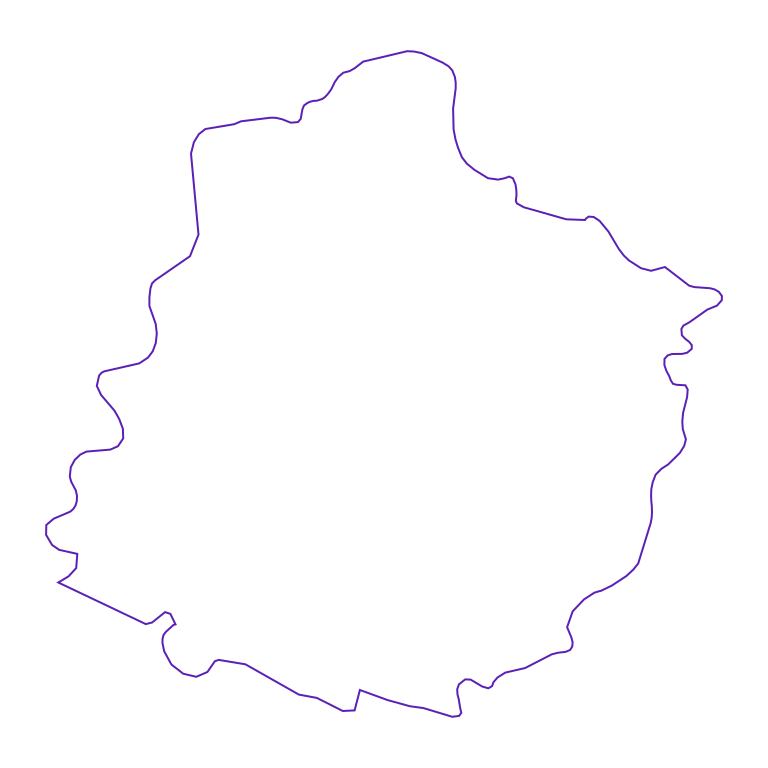 the Metropolitan department of Sarthe
{"feature_id": "FRA-5340", "entity_name": "Sarthe", "entity_type": "Metropolitan department", "adm_level": 1, "iso_a3": "FRA", "parent_name": "France", "parent_adm1": "", "projection": "mercator", "projection_center": [0.286, 48.027], "detail": "fine", "context": "isolated", "style": "outline", "palette": "violet", "viewbox_px": 768, "rotation_deg": 0, "n_neighbors": 0, "source": "natural_earth", "source_scale": "10m", "svg_char_len": 2772}
<svg xmlns="http://www.w3.org/2000/svg" viewBox="0 0 768 768"><path d="M58.3,582.5L68.6,576.3L76.2,568.1L77.3,553.9L59.3,549.9L52.1,545.0L46.1,534.9L46.3,525.0L53.7,518.7L70.3,511.6L73.3,509.0L75.5,505.5L76.8,501.2L77.0,495.9L75.8,490.4L71.2,481.7L69.8,476.5L70.8,467.2L74.8,459.8L80.4,454.5L86.4,451.6L110.3,449.6L118.0,446.2L123.2,438.4L122.9,428.8L119.2,419.0L114.5,410.7L101.1,395.0L96.8,385.9L99.1,375.6L101.5,372.8L104.4,371.3L139.2,363.4L148.0,357.6L152.8,351.2L155.8,342.9L156.8,333.4L155.7,323.9L149.4,306.0L149.4,297.6L150.4,288.6L152.0,283.5L155.1,280.3L190.0,256.2L198.5,234.6L191.0,153.6L193.9,142.2L198.9,134.1L205.4,129.0L234.2,124.2L241.1,121.3L270.6,117.7L275.8,117.8L282.0,119.2L290.8,122.7L297.9,122.1L300.7,118.9L302.4,109.4L304.0,105.5L307.2,103.1L309.9,101.8L313.2,100.9L317.0,100.7L322.4,98.9L324.8,97.2L327.6,94.3L331.2,89.4L334.8,82.0L338.4,76.9L343.3,72.7L349.6,71.1L354.7,68.2L363.2,61.6L407.1,51.2L413.8,51.5L421.7,53.1L442.6,62.6L448.6,66.3L452.3,70.4L454.9,77.0L455.7,82.6L455.7,88.3L453.1,108.4L453.6,129.5L455.5,139.4L457.8,147.1L461.8,157.1L466.9,163.7L474.5,169.9L488.0,178.2L498.1,179.6L504.7,178.2L509.2,176.6L512.9,178.3L515.5,184.4L516.3,189.8L516.5,194.4L515.9,200.9L516.9,203.4L523.9,207.3L566.3,219.3L585.0,220.0L585.7,218.9L586.6,218.1L588.7,216.6L593.7,217.0L599.5,220.8L608.4,231.5L618.9,249.1L623.7,255.4L629.0,260.5L641.0,268.2L651.1,270.8L664.9,267.0L689.2,285.7L694.4,287.1L709.9,288.2L714.6,289.4L718.8,291.8L721.9,296.0L721.8,300.2L717.0,305.6L707.3,309.6L689.2,322.4L683.4,325.6L681.4,329.0L681.9,335.3L685.2,338.8L689.0,341.7L691.8,345.1L691.7,348.9L687.2,352.7L682.1,353.9L672.0,354.0L667.7,355.4L664.5,358.9L664.4,365.1L666.4,370.9L669.2,376.1L670.8,380.4L673.0,383.8L676.7,384.8L685.4,385.3L687.7,389.5L687.1,397.1L683.1,412.8L682.3,421.6L682.8,429.1L685.9,439.4L684.2,445.9L679.8,453.0L668.2,464.4L661.3,468.9L655.6,474.7L652.7,482.3L651.3,489.2L651.1,495.3L651.3,500.9L651.8,506.2L652.0,512.2L651.7,517.5L650.8,522.7L638.2,563.5L633.3,569.6L626.4,576.0L611.8,585.6L600.8,590.9L599.6,591.1L594.3,592.7L584.0,599.4L572.7,611.3L567.1,627.2L570.9,636.3L571.3,637.3L572.6,642.0L572.3,646.4L570.2,649.9L565.5,651.9L558.2,652.7L551.8,654.3L525.2,668.0L505.3,672.6L497.5,677.5L493.4,682.3L492.1,686.1L488.3,688.3L482.2,686.5L470.6,679.6L465.2,679.4L458.9,684.4L457.2,689.3L457.5,694.5L458.7,699.0L460.2,708.1L461.3,712.8L459.1,715.9L452.3,716.8L423.6,708.1L409.7,706.2L387.7,700.1L359.9,690.0L354.6,710.4L342.8,711.0L316.8,697.9L298.9,694.6L245.4,664.3L218.8,659.9L214.9,661.2L207.4,672.0L196.3,676.8L183.2,673.7L171.4,664.5L164.2,651.3L162.5,643.2L162.5,639.1L163.5,635.0L165.7,632.0L173.5,624.9L175.5,624.4L170.4,613.9L165.1,612.1L152.1,622.5L145.8,624.1L58.3,582.5Z" fill="none" stroke="#5b21b6" stroke-width="2"/></svg>